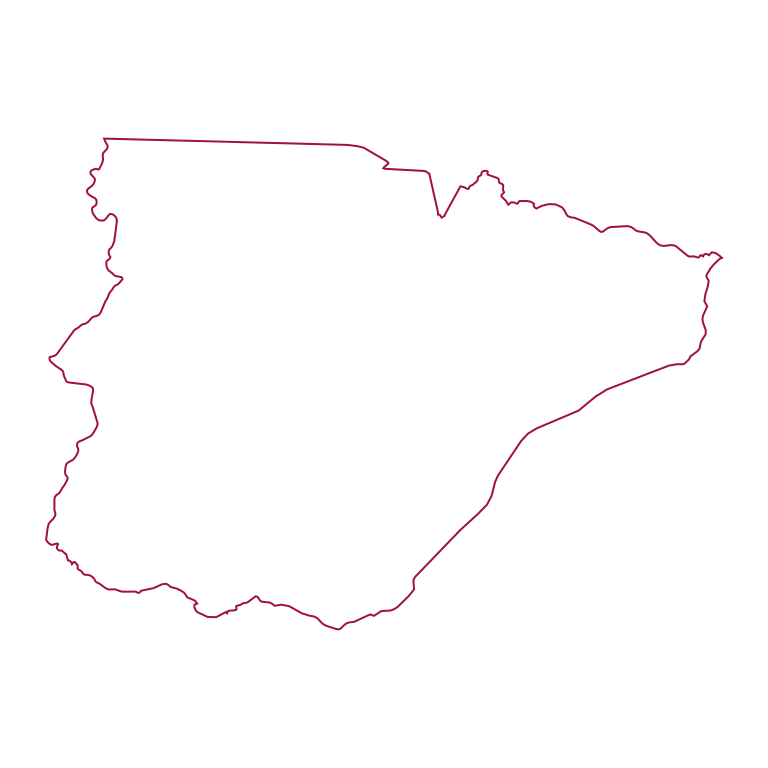 map outline of Southern (Albers equal-area conic projection)
{"feature_id": "ZMB-522", "entity_name": "Southern", "entity_type": "Province", "adm_level": 1, "iso_a3": "ZMB", "parent_name": "Zambia", "parent_adm1": "", "projection": "albers", "projection_center": [26.307, -16.684], "detail": "fine", "context": "isolated", "style": "outline", "palette": "rose", "viewbox_px": 768, "rotation_deg": 0, "n_neighbors": 0, "source": "natural_earth", "source_scale": "10m", "svg_char_len": 5957}
<svg xmlns="http://www.w3.org/2000/svg" viewBox="0 0 768 768"><path d="M721.9,257.9L719.4,259.0L713.7,264.6L709.9,269.2L709.4,270.4L707.0,274.0L706.4,276.0L706.7,277.6L708.3,279.9L708.7,280.8L707.7,286.8L705.4,294.1L704.4,301.2L707.2,306.3L703.0,315.7L702.4,319.5L703.0,322.6L705.7,330.0L705.7,334.1L701.5,340.8L700.8,342.2L699.6,348.6L697.2,351.4L690.4,356.4L689.0,359.4L684.2,363.9L681.8,364.3L677.0,364.2L668.9,365.6L607.0,389.4L595.4,396.7L578.6,410.6L536.8,428.3L528.0,433.6L521.2,440.9L497.9,475.7L495.1,481.9L491.6,495.9L486.9,504.8L477.9,514.0L460.5,529.8L415.5,576.5L413.8,579.0L413.5,580.8L413.7,585.2L414.1,589.4L408.4,596.4L397.1,607.4L392.5,609.9L390.0,610.6L382.0,611.0L380.2,611.7L374.1,615.8L370.0,614.5L354.1,621.8L350.0,622.3L347.3,623.0L345.1,624.3L340.3,628.8L338.3,629.4L335.9,628.9L326.3,625.8L323.6,624.4L321.2,622.4L318.6,619.4L316.4,617.6L313.6,616.4L309.2,615.6L302.1,613.4L289.2,606.2L281.4,604.7L275.2,605.7L273.9,605.4L272.9,604.3L271.5,603.4L269.9,602.6L262.1,601.7L260.6,601.1L259.7,600.0L258.7,598.4L257.5,596.9L256.0,596.3L254.5,597.1L248.5,601.7L247.0,602.6L243.1,603.3L240.3,604.9L237.3,605.7L236.3,606.1L236.1,606.8L236.5,609.0L236.3,609.7L234.0,610.4L230.8,610.5L228.1,611.1L227.1,613.3L226.0,612.0L216.7,616.9L214.7,617.2L207.5,616.9L197.3,612.1L195.6,610.0L194.3,607.1L194.5,604.6L197.2,603.6L194.9,600.6L187.2,597.3L185.6,594.6L184.1,592.7L180.7,590.5L177.0,588.7L170.7,587.0L168.6,585.2L166.4,583.8L162.3,584.2L153.4,588.2L142.1,590.5L141.1,590.9L139.6,592.5L138.6,592.9L137.6,592.7L136.0,591.8L135.1,591.6L122.4,591.7L120.6,591.3L115.0,589.3L109.7,589.5L108.1,589.3L104.8,587.7L99.6,583.7L96.4,582.2L95.3,581.0L94.2,578.8L92.3,576.8L90.0,575.4L87.7,574.9L84.8,574.7L83.6,574.2L81.4,571.3L80.5,570.6L78.6,569.6L77.8,568.9L77.6,567.9L77.7,565.6L77.2,564.6L74.7,562.0L73.5,562.1L72.0,564.1L71.6,562.9L70.7,561.7L69.5,560.7L68.0,560.4L66.2,554.3L65.6,554.0L62.6,551.3L62.1,550.6L60.1,550.6L58.9,550.4L58.0,549.7L56.9,548.3L56.9,547.1L58.0,544.1L57.4,543.5L55.7,543.8L52.5,544.8L50.9,544.7L48.2,542.7L46.1,539.8L47.7,527.6L48.7,523.8L50.8,521.2L52.9,519.2L53.7,518.1L54.8,516.3L55.3,514.9L55.4,513.7L55.2,512.7L54.6,510.8L54.4,509.4L54.4,499.7L54.7,497.9L55.1,496.6L56.3,495.2L59.1,493.1L59.7,492.5L62.5,487.6L64.2,485.5L67.4,479.7L67.6,478.5L67.5,477.5L66.7,476.1L65.6,474.8L65.2,473.5L65.0,471.5L65.6,467.0L66.1,464.9L66.8,463.5L68.2,462.4L72.8,459.9L73.8,459.0L75.0,457.6L76.9,454.4L77.9,452.2L78.3,450.6L78.3,449.5L78.1,448.6L77.2,446.8L77.0,445.4L77.5,442.8L78.9,441.7L80.4,440.9L82.1,440.4L90.8,436.0L92.1,434.7L93.5,432.7L96.4,427.7L97.3,425.3L97.7,423.5L92.6,406.6L91.8,405.1L91.3,403.1L91.4,400.2L92.9,391.7L93.0,389.5L92.8,388.1L92.3,387.4L90.9,386.4L89.2,385.5L86.2,384.5L68.4,382.4L67.2,382.0L66.3,381.2L64.2,376.6L63.7,374.8L63.2,371.9L62.8,371.1L61.6,369.9L55.5,365.8L50.1,360.9L49.4,358.4L49.6,357.6L49.8,357.1L50.0,357.0L53.2,356.2L54.9,355.6L57.0,353.9L74.0,330.5L75.3,329.4L78.3,327.6L81.6,324.8L82.4,324.4L85.2,323.7L86.0,323.3L88.2,321.9L91.7,317.9L92.4,317.4L94.0,316.6L96.7,315.9L99.0,314.8L100.0,313.5L101.2,311.3L105.3,301.4L105.9,300.7L107.4,298.0L109.4,293.2L110.1,292.0L111.3,290.7L112.4,289.3L113.8,286.9L115.1,285.7L118.1,284.1L118.8,283.6L122.4,279.3L122.4,278.4L122.0,277.7L121.3,277.2L119.3,276.6L116.0,276.2L115.1,275.8L113.6,274.7L112.5,273.4L108.9,270.7L107.8,269.4L107.0,267.8L106.7,267.0L106.3,264.5L106.3,262.5L106.7,261.3L107.2,260.6L108.8,259.5L109.6,258.7L110.4,257.5L110.3,256.7L109.2,255.1L108.7,253.8L108.7,251.4L109.0,250.0L109.6,249.1L110.3,248.6L111.4,247.4L112.6,245.6L114.3,240.9L116.8,221.9L116.8,219.6L116.6,218.7L115.8,217.1L114.7,215.8L113.3,214.7L112.4,214.3L110.6,213.9L109.8,214.1L109.1,214.7L105.2,219.5L103.7,220.4L101.7,220.6L99.6,220.4L97.9,219.5L96.5,218.4L95.4,217.1L93.0,213.5L92.6,212.5L92.0,209.5L92.1,208.3L92.6,207.4L94.9,206.0L95.6,205.3L96.4,204.1L96.7,201.9L96.3,200.0L95.9,199.2L94.7,198.0L92.4,196.9L88.6,194.4L87.9,193.6L87.3,192.6L87.0,191.0L87.2,189.9L87.8,189.1L92.5,185.3L93.2,184.4L93.9,183.3L94.7,181.1L94.9,179.8L94.8,178.7L93.7,177.3L90.8,174.2L90.4,172.6L90.5,171.7L91.0,170.9L91.6,170.3L95.0,168.9L95.9,168.8L98.3,169.5L98.9,169.3L99.4,168.6L101.8,164.0L102.3,162.6L103.0,160.1L103.0,158.3L102.7,155.8L102.8,154.4L103.1,153.3L103.6,152.5L106.3,149.7L107.3,148.2L107.6,146.9L107.6,145.8L106.9,144.2L105.0,141.1L104.1,138.6L347.1,144.9L357.0,146.1L363.8,147.7L386.5,161.1L388.3,162.6L388.2,163.7L384.1,167.2L383.4,168.3L385.0,168.8L425.0,171.0L429.3,173.7L438.0,212.3L438.0,214.5L439.9,215.0L441.6,217.6L444.5,215.9L445.0,214.4L460.4,186.4L461.3,186.4L464.5,187.4L467.1,188.8L468.1,188.9L468.8,188.5L469.5,186.8L470.0,186.1L470.8,185.6L472.5,185.0L475.0,182.8L476.6,181.7L477.5,180.2L478.1,177.2L478.7,176.5L480.8,175.3L481.3,174.6L481.7,172.3L482.6,171.5L483.8,171.0L486.4,170.8L487.4,171.3L487.8,172.2L487.4,173.8L487.6,174.5L488.7,175.0L497.4,178.0L498.3,178.7L498.7,179.5L498.9,181.5L499.2,182.4L499.8,183.0L502.5,184.2L503.1,184.9L503.2,185.9L503.0,189.3L503.1,190.3L503.4,191.2L503.9,191.7L504.0,192.4L503.6,193.0L501.7,194.7L501.4,195.4L501.5,196.2L501.9,196.9L505.6,200.5L506.6,201.7L507.3,203.3L508.4,204.7L510.1,203.0L511.2,202.4L514.1,202.4L516.0,203.4L517.2,203.7L517.8,203.3L518.9,201.5L519.5,201.1L526.9,201.0L530.8,201.7L534.1,203.8L533.6,205.3L534.0,206.6L534.9,207.6L536.5,208.5L542.1,205.7L549.0,204.1L556.0,204.5L562.2,207.5L564.5,210.5L566.0,213.7L567.8,216.2L570.9,217.3L574.6,217.8L591.2,224.6L594.1,226.3L599.3,230.9L601.0,231.9L602.7,231.7L607.8,228.1L610.5,227.1L627.5,226.1L630.9,226.9L632.8,228.1L636.1,230.6L638.2,231.4L644.5,232.4L647.1,233.3L650.0,235.6L657.2,243.4L660.2,245.3L663.6,246.0L670.4,245.1L673.7,245.3L676.1,246.3L687.5,255.7L689.1,256.5L690.0,256.6L693.1,256.3L694.3,256.5L696.9,257.3L698.4,257.5L699.3,256.9L700.0,255.7L701.2,255.2L703.1,256.4L703.8,254.8L705.2,254.0L707.0,254.1L709.0,255.2L711.8,252.3L715.7,253.1L719.4,255.6L721.9,257.9Z" fill="none" stroke="#9f1239" stroke-width="2"/></svg>